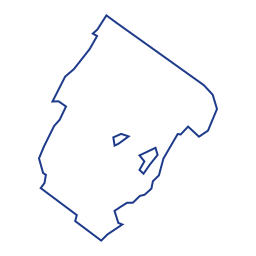 Rockbridge, Virginia, United States of America
{"feature_id": "52423323B40914332178112", "entity_name": "Rockbridge", "entity_type": "district", "adm_level": 2, "iso_a3": "USA", "parent_name": "United States of America", "parent_adm1": "Virginia", "projection": "natural_earth1", "projection_center": [-79.449, 37.809], "detail": "fine", "context": "isolated", "style": "outline", "palette": "blue", "viewbox_px": 256, "rotation_deg": 0, "n_neighbors": 0, "source": "geoboundaries", "source_scale": "gbopen_adm2", "svg_char_len": 795}
<svg xmlns="http://www.w3.org/2000/svg" viewBox="0 0 256 256"><path d="M52.5,101.5L58.5,101.3L66.0,106.5L59.7,119.7L54.1,126.0L43.8,146.8L39.0,158.4L43.1,173.0L45.9,174.8L44.5,183.0L40.7,188.1L76.8,215.1L75.2,221.1L101.2,240.6L107.6,234.3L122.3,224.5L118.3,222.9L114.5,210.9L121.4,206.3L127.0,202.8L132.9,202.7L139.9,195.9L144.7,194.7L151.4,188.6L152.9,181.2L158.9,175.4L163.4,158.6L177.7,134.0L180.6,134.5L188.1,126.6L199.0,136.7L208.0,130.6L217.0,109.0L212.7,94.8L204.0,85.3L116.3,22.7L106.4,15.4L97.4,29.5L92.8,33.6L97.1,36.0L89.7,49.0L74.0,69.0L65.1,76.7L52.5,101.5ZM139.5,155.4L155.5,147.8L157.6,154.9L149.9,164.5L143.5,173.7L139.5,169.9L144.4,161.4L139.5,155.4ZM113.3,137.4L121.2,133.9L128.6,136.4L118.4,143.8L114.6,145.6L113.3,137.4Z" fill="none" stroke="#1e3a8a" stroke-width="2"/></svg>